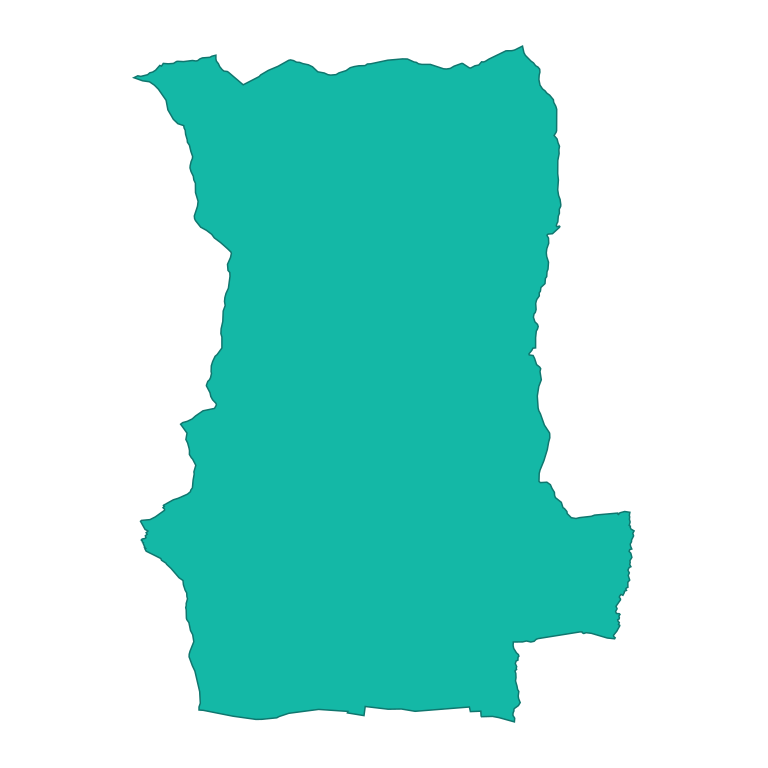 Rosiile, Vâlcea, Romania
{"feature_id": "2599482B62585031131856", "entity_name": "Rosiile", "entity_type": "district", "adm_level": 2, "iso_a3": "ROU", "parent_name": "Romania", "parent_adm1": "Vâlcea", "projection": "natural_earth1", "projection_center": [23.93, 44.897], "detail": "fine", "context": "isolated", "style": "filled", "palette": "teal", "viewbox_px": 768, "rotation_deg": 0, "n_neighbors": 0, "source": "geoboundaries", "source_scale": "gbopen_adm2", "svg_char_len": 6029}
<svg xmlns="http://www.w3.org/2000/svg" viewBox="0 0 768 768"><path d="M514.4,721.9L514.7,718.2L512.9,715.3L513.1,712.9L513.9,711.0L513.9,709.3L514.4,708.5L518.4,705.6L520.2,702.6L518.6,698.6L518.2,696.0L518.8,691.5L517.6,689.5L517.0,686.1L515.5,680.9L516.0,677.6L515.8,673.4L515.1,671.4L515.2,670.5L516.6,669.5L516.2,668.0L516.7,666.7L515.3,663.5L516.2,660.9L517.9,660.2L518.0,657.3L518.9,656.2L518.4,654.6L516.5,652.9L513.7,648.4L513.1,645.4L513.3,642.0L522.6,641.9L526.4,641.0L530.8,642.0L534.1,641.3L536.2,639.3L538.1,638.6L580.1,631.9L581.9,631.9L582.5,632.9L583.8,633.5L586.1,632.7L591.3,633.3L607.2,638.0L614.6,638.8L615.2,637.8L613.7,636.5L613.5,635.3L616.8,631.2L619.8,625.7L619.6,625.1L618.5,624.6L619.3,622.6L618.0,621.1L617.7,619.8L619.1,619.0L619.4,617.8L618.9,616.1L620.0,614.4L619.3,613.7L616.7,613.5L616.2,613.0L615.6,611.4L617.1,608.8L616.0,606.3L620.5,599.8L620.4,598.7L619.3,597.2L619.6,596.1L621.0,594.4L622.9,595.3L624.3,592.6L624.4,591.3L626.5,590.4L625.7,589.0L626.5,587.9L627.9,587.3L627.8,582.3L629.7,580.1L628.2,575.4L629.3,572.9L627.9,570.1L629.2,567.5L630.9,566.7L629.7,564.4L630.2,562.4L629.9,560.7L631.9,557.4L630.8,553.2L629.1,551.4L629.7,549.6L631.8,549.0L630.6,546.3L630.2,544.1L631.5,541.8L631.6,539.9L633.6,535.9L632.8,533.3L634.1,530.9L630.9,529.0L630.2,527.1L630.4,526.2L629.2,525.4L630.1,522.0L629.4,519.2L629.7,516.9L629.3,515.3L629.9,512.3L624.7,511.5L619.9,512.8L618.5,514.5L617.9,514.1L617.8,513.1L617.3,513.1L594.6,515.1L591.3,516.3L579.7,517.6L576.0,518.5L571.3,517.7L567.2,513.6L566.9,511.5L564.4,508.5L563.0,507.7L561.3,502.3L555.4,497.6L554.6,495.4L554.4,492.3L552.0,488.4L550.4,484.7L546.9,482.2L540.3,482.6L539.0,481.4L539.2,473.5L540.0,470.2L543.9,460.7L547.3,449.6L548.6,442.3L549.8,437.8L549.7,433.9L549.5,432.9L544.4,425.1L540.4,413.8L538.8,410.7L538.1,407.9L537.3,396.0L538.8,386.4L541.3,379.8L540.0,371.5L540.7,368.7L539.7,367.1L536.6,364.6L534.6,358.5L533.1,355.5L529.6,355.0L529.1,354.8L529.0,353.8L531.8,350.4L532.9,348.2L535.6,347.9L535.6,337.7L536.3,331.1L537.5,329.0L538.2,326.5L537.5,324.4L534.9,321.8L533.4,317.2L534.0,314.0L535.3,312.4L536.1,309.5L535.7,303.5L536.3,300.9L536.9,299.3L539.3,295.9L539.2,292.9L540.4,291.2L540.9,287.5L545.0,283.6L545.4,278.4L546.7,276.6L547.0,271.7L548.0,269.2L548.5,262.2L546.7,256.5L546.3,252.8L546.8,248.7L548.7,243.3L548.5,238.1L547.0,235.5L547.3,234.7L548.2,234.1L552.5,233.7L559.5,227.3L559.8,226.5L559.4,226.1L556.9,226.7L556.3,225.9L556.8,223.7L557.8,221.9L558.3,216.1L559.4,213.3L559.3,209.2L560.7,206.3L560.8,204.7L560.1,199.5L558.6,195.5L557.7,189.8L558.4,180.0L557.7,173.6L557.8,160.5L559.1,153.7L558.9,149.7L559.5,146.3L558.0,142.7L557.1,139.0L554.1,135.5L556.2,132.1L556.6,130.6L556.7,109.3L555.8,106.3L553.7,102.3L553.4,99.7L549.7,95.2L546.9,93.2L545.0,90.8L542.5,88.9L540.0,85.1L538.9,79.5L539.2,75.0L539.9,72.2L539.7,69.2L538.0,67.1L535.6,65.7L533.5,62.9L531.0,61.1L525.3,55.3L523.9,52.6L522.5,46.1L514.4,50.1L511.7,50.7L506.0,50.8L488.9,59.1L485.2,61.4L483.3,62.0L481.6,61.8L478.8,65.0L474.9,65.8L470.7,68.0L469.4,67.9L462.7,63.5L461.7,63.4L454.0,66.2L450.3,68.4L446.5,69.0L443.6,68.8L430.3,64.4L421.8,64.4L418.5,63.8L416.4,62.4L414.1,62.0L407.4,59.0L402.5,58.9L387.7,60.2L370.7,63.8L367.3,64.0L365.1,65.6L358.7,65.8L354.1,66.6L350.2,67.7L346.1,70.6L338.9,72.9L336.1,74.6L330.7,75.1L328.0,74.7L324.3,73.0L317.8,71.8L312.5,66.8L308.4,64.8L302.8,63.6L299.7,62.4L296.6,62.2L293.6,60.6L290.5,59.9L288.7,60.3L278.0,66.3L268.3,70.4L260.7,74.9L259.1,76.6L243.2,84.8L228.4,72.2L227.3,71.5L224.0,71.1L222.2,69.7L219.7,66.6L218.4,63.7L216.4,61.1L215.9,59.0L215.9,55.2L211.9,56.2L209.9,57.3L202.4,57.9L199.9,58.9L197.7,60.6L196.0,61.0L192.5,60.5L183.5,61.6L177.8,61.3L176.5,61.5L173.5,63.4L168.2,63.8L163.3,63.4L161.5,66.1L159.8,65.4L155.6,70.2L152.6,72.1L149.8,72.8L147.6,74.7L140.8,76.4L137.8,75.8L133.9,77.7L142.6,80.8L149.5,81.8L154.3,85.1L158.4,89.2L166.1,100.3L167.9,109.9L173.4,119.4L177.9,123.7L183.7,125.6L184.1,128.0L185.2,130.2L185.6,134.3L187.2,139.8L187.4,142.2L189.4,145.2L190.9,151.5L192.6,156.4L192.4,158.5L191.1,161.6L190.2,165.6L190.0,167.9L191.0,171.5L193.3,176.2L193.8,179.8L195.4,183.2L195.5,192.6L198.1,201.3L197.5,206.2L194.3,216.0L194.6,218.7L195.5,220.6L200.7,227.2L206.4,230.3L211.7,234.3L214.3,237.9L220.5,242.5L227.4,248.6L230.8,251.9L231.4,253.3L230.5,257.5L227.5,264.3L228.0,270.4L229.8,272.5L230.0,276.3L228.4,288.2L226.0,293.4L224.9,297.5L224.5,301.5L225.2,305.5L223.2,311.0L222.8,321.4L221.1,328.9L220.9,333.7L221.9,337.0L221.9,348.0L217.1,354.6L215.1,356.3L212.7,361.4L211.3,365.8L211.1,371.5L211.5,373.5L210.5,377.7L209.5,379.7L207.8,381.4L206.5,385.0L206.4,385.8L210.0,392.7L210.8,396.5L212.6,399.8L216.0,403.4L216.4,405.0L214.5,408.4L203.0,410.8L195.6,415.9L192.1,419.0L187.3,421.3L182.7,422.6L180.6,424.2L187.0,433.1L185.9,439.5L187.6,442.9L189.1,448.4L189.5,450.7L189.4,454.5L191.3,457.7L192.6,459.1L195.8,465.3L193.9,471.9L194.2,474.0L193.1,480.1L192.4,487.9L190.8,490.1L190.4,491.7L187.4,494.2L178.1,498.3L173.3,499.8L163.6,505.2L163.4,505.5L164.3,506.4L163.0,507.7L164.5,509.0L164.5,510.3L155.3,516.9L150.0,519.6L141.5,520.4L140.5,521.3L145.1,529.5L147.8,530.8L147.9,531.3L146.1,532.7L147.2,534.2L145.3,535.8L146.0,537.7L144.8,538.5L142.2,539.0L141.3,539.9L141.4,540.4L142.2,540.6L142.3,541.9L143.4,542.7L143.1,543.4L144.6,546.6L144.3,547.1L145.7,548.4L144.9,548.8L146.2,551.2L160.8,558.5L161.5,560.2L166.0,563.2L166.6,564.3L171.0,568.4L179.0,577.7L183.0,580.5L183.4,584.8L185.2,590.3L186.7,592.9L186.9,596.5L187.5,598.8L186.2,603.4L186.2,605.7L185.7,607.6L186.2,609.8L186.4,618.2L186.8,619.6L188.9,622.6L190.5,630.5L192.7,634.7L193.8,641.7L190.0,651.3L189.2,654.2L189.1,656.9L192.4,665.8L194.9,671.1L199.7,691.7L200.3,703.2L199.0,707.0L199.0,710.0L203.2,710.3L233.0,716.2L255.9,719.4L261.9,719.3L276.8,717.8L279.2,716.5L288.8,713.3L318.6,709.4L347.9,711.4L347.4,712.9L364.0,715.6L365.2,706.5L388.2,709.2L401.4,709.0L415.1,711.3L469.4,707.0L470.4,711.6L480.8,711.2L481.1,716.0L481.5,716.7L492.5,716.4L498.9,717.6L514.4,721.9Z" fill="#14b8a6" stroke="#0f766e" stroke-width="1.5"/></svg>